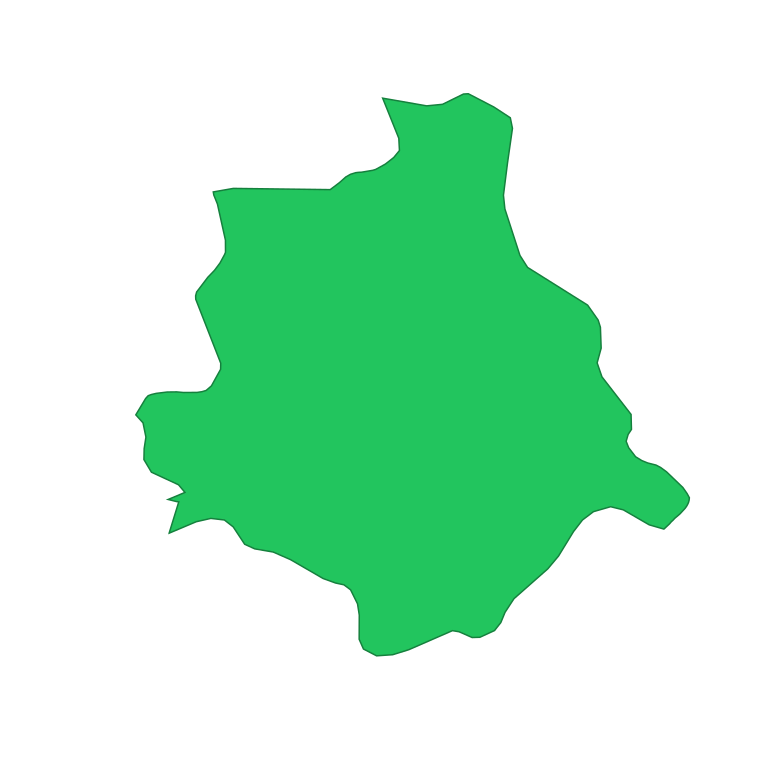 Chiquimula, Mercator projection, rotated 71°
{"feature_id": "GTM-1960", "entity_name": "Chiquimula", "entity_type": "Department", "adm_level": 1, "iso_a3": "GTM", "parent_name": "Guatemala", "parent_adm1": "", "projection": "mercator", "projection_center": [-89.408, 14.682], "detail": "fine", "context": "isolated", "style": "filled", "palette": "green", "viewbox_px": 768, "rotation_deg": 71, "n_neighbors": 0, "source": "natural_earth", "source_scale": "10m", "svg_char_len": 1802}
<svg xmlns="http://www.w3.org/2000/svg" viewBox="0 0 768 768"><g transform="rotate(71 384 384)"><path d="M455.1,635.7L454.9,635.6L428.6,616.4L427.6,618.5L422.9,625.7L421.7,607.5L412.4,611.1L391.7,632.6L377.3,635.6L367.0,631.8L356.7,626.4L342.3,624.5L332.4,628.7L332.0,628.3L320.1,614.1L319.1,612.3L318.3,610.8L318.2,607.4L318.7,602.4L321.0,591.6L324.0,582.5L326.7,576.5L331.1,563.5L332.0,558.6L332.2,554.3L329.6,547.8L316.9,533.7L311.2,531.6L242.6,534.4L239.3,533.4L236.0,531.2L225.7,515.8L221.3,507.2L216.2,499.7L209.8,492.7L207.9,491.0L196.4,487.1L159.6,482.9L149.9,483.4L146.8,482.9L150.0,462.8L182.7,371.6L179.1,360.6L175.8,352.7L174.8,347.4L175.0,341.8L175.6,339.1L176.4,336.4L178.3,325.0L178.4,322.0L176.5,311.1L173.0,301.0L168.3,293.4L156.5,290.0L113.3,292.2L134.9,253.1L138.6,237.6L135.7,214.5L137.0,209.8L157.8,190.0L173.4,177.9L184.1,179.3L215.1,195.2L244.4,209.6L257.8,212.7L306.7,213.6L320.5,210.3L375.7,165.8L393.3,160.7L400.8,160.9L420.8,167.0L433.4,175.6L448.2,175.6L493.2,160.3L507.5,164.8L511.2,169.6L517.0,173.7L523.9,173.4L534.7,169.8L540.3,165.2L544.5,160.4L549.2,153.2L553.0,149.6L559.1,145.4L579.2,135.1L586.2,133.1L591.0,132.3L593.3,133.4L595.1,134.6L596.7,136.1L598.2,137.8L599.6,139.8L603.1,146.3L605.7,152.9L606.9,155.1L607.8,157.2L609.1,159.4L612.0,165.8L612.3,166.6L603.5,179.1L580.9,198.7L573.8,209.7L572.9,227.5L577.2,240.6L585.2,252.8L603.5,275.0L612.1,289.3L629.3,331.0L639.3,343.9L647.6,351.2L651.5,357.3L653.1,359.7L654.7,375.8L652.4,383.2L642.7,393.7L639.5,399.6L643.3,447.1L642.8,463.9L638.6,479.5L627.9,489.7L617.3,490.6L594.4,482.6L583.2,480.6L567.7,482.6L560.8,487.3L556.4,494.6L548.1,504.9L519.5,529.7L506.8,543.5L497.8,559.9L490.2,567.9L470.0,573.1L460.6,579.2L454.7,591.5L453.1,606.4L455.1,635.7Z" fill="#22c55e" stroke="#15803d" stroke-width="1.5"/></g></svg>